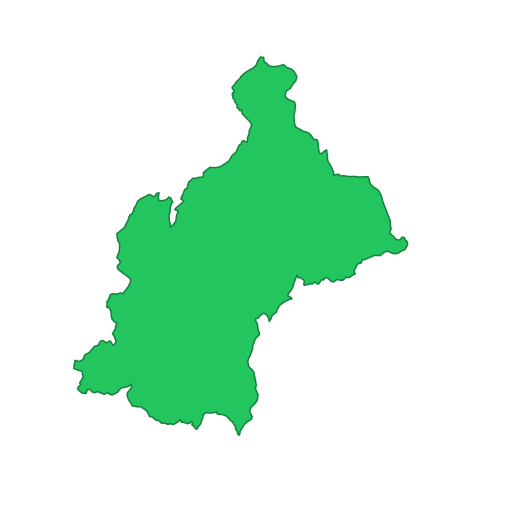 Ky Son, Nghệ An, Vietnam, rotated 200°
{"feature_id": "81297802B2701886719052", "entity_name": "Ky Son", "entity_type": "district", "adm_level": 2, "iso_a3": "VNM", "parent_name": "Vietnam", "parent_adm1": "Nghệ An", "projection": "equal_earth", "projection_center": [104.217, 19.409], "detail": "fine", "context": "isolated", "style": "filled", "palette": "green", "viewbox_px": 512, "rotation_deg": 200, "n_neighbors": 0, "source": "geoboundaries", "source_scale": "gbopen_adm2", "svg_char_len": 6055}
<svg xmlns="http://www.w3.org/2000/svg" viewBox="0 0 512 512"><g transform="rotate(200 256 256)"><path d="M390.3,96.0L389.5,90.7L388.7,88.0L383.7,87.8L380.6,88.4L379.4,87.2L378.3,84.8L377.6,84.2L377.2,83.1L377.2,81.6L378.2,76.9L377.9,76.0L377.2,76.1L376.8,75.2L377.8,72.7L378.3,72.4L378.4,70.5L377.3,69.5L373.5,67.9L371.3,67.9L368.6,68.9L368.9,72.8L367.9,73.5L365.0,73.2L363.3,72.1L362.2,72.5L361.1,72.1L358.4,74.4L351.5,74.1L348.4,76.8L345.2,75.9L343.5,76.4L339.6,80.5L337.9,85.2L336.6,86.5L332.8,88.7L330.0,91.3L329.6,92.7L328.2,91.0L328.1,90.1L328.3,88.3L330.0,83.9L329.6,81.3L327.5,78.3L325.5,76.4L323.5,75.4L321.4,73.2L320.4,72.9L315.6,73.8L312.7,75.0L305.3,72.9L301.2,68.8L298.5,69.3L293.9,67.5L290.9,68.2L288.1,66.7L287.0,66.7L284.5,67.9L281.6,67.6L278.6,69.2L276.1,69.3L273.6,72.2L271.2,76.1L270.6,76.0L269.8,74.7L269.0,74.2L267.4,74.9L262.8,75.1L261.9,75.6L259.9,78.3L258.7,77.8L258.7,76.0L258.2,75.2L256.2,74.9L254.2,73.2L252.8,72.9L252.1,73.7L251.5,76.9L250.6,79.1L250.9,81.7L250.6,84.5L251.2,88.5L250.6,90.0L249.0,91.9L245.3,92.7L240.9,95.0L240.0,95.9L239.3,95.6L238.8,94.6L237.8,94.3L233.1,95.6L227.9,95.3L226.5,93.9L225.1,93.7L223.9,92.7L221.1,92.0L219.5,90.4L217.6,89.3L215.8,86.2L213.8,84.8L212.4,82.7L210.8,81.8L210.4,82.1L210.3,82.7L210.7,83.6L210.5,84.5L211.1,86.4L210.7,87.3L210.5,88.7L210.0,89.6L210.0,91.3L209.1,94.2L207.7,96.8L204.4,101.2L204.7,103.8L208.5,107.4L209.1,111.5L206.4,117.2L205.6,120.2L205.6,121.9L206.7,126.6L208.0,127.5L209.6,129.7L211.1,130.9L211.7,135.5L213.0,136.9L213.5,138.3L217.2,144.0L217.8,145.6L221.0,148.0L222.9,148.5L225.3,150.0L227.6,153.9L228.0,156.4L227.4,161.3L227.4,164.6L227.6,168.5L228.6,170.4L228.2,173.4L228.3,177.1L228.0,178.8L226.1,182.7L226.0,184.2L229.0,187.7L231.5,192.7L234.8,195.7L234.6,197.3L232.6,198.5L232.3,200.0L230.7,203.0L229.6,204.5L229.0,204.7L226.9,204.7L224.8,203.6L222.9,201.8L221.2,199.3L220.5,201.5L220.4,205.4L219.5,207.4L217.6,210.1L217.9,213.3L217.2,214.7L217.3,216.5L216.8,217.9L213.0,223.4L209.2,227.1L207.8,227.8L208.2,228.8L212.0,229.4L212.7,230.4L212.4,232.5L211.3,235.5L210.8,239.5L211.1,243.1L211.0,251.6L208.8,250.1L207.0,250.8L202.6,249.7L201.9,248.3L201.3,245.5L200.5,245.0L196.2,248.0L193.4,249.2L191.6,251.7L188.8,250.6L187.7,251.0L186.1,256.4L185.2,256.8L184.7,256.4L184.2,256.8L183.6,258.8L183.0,259.7L181.0,259.7L177.3,258.1L175.4,257.8L173.7,258.7L171.8,261.8L168.7,262.0L166.2,262.8L164.3,266.4L163.4,267.1L161.0,267.6L158.5,271.3L156.8,272.6L156.9,273.5L158.2,274.3L158.5,275.6L158.7,277.3L158.1,279.7L158.2,281.6L157.2,283.9L154.9,285.3L154.8,288.6L152.3,290.1L144.8,297.1L139.4,298.9L137.1,302.9L134.9,305.0L133.1,305.7L129.7,305.2L127.1,305.4L125.4,306.0L123.0,307.6L120.8,310.8L118.4,312.6L117.6,316.4L117.8,319.8L118.8,321.2L121.8,322.3L122.1,323.3L123.4,324.1L125.2,323.6L126.2,320.9L127.2,319.8L128.1,319.5L131.8,320.1L132.9,321.4L135.8,322.1L137.7,323.4L138.5,324.3L138.3,327.7L139.9,330.3L141.8,334.9L155.2,350.2L158.8,355.4L162.4,358.9L165.0,360.1L168.4,360.7L172.6,362.5L173.7,363.4L176.5,367.7L177.7,368.6L179.4,368.3L185.9,365.5L190.7,364.5L194.4,362.9L199.8,361.6L201.0,361.6L203.6,360.1L205.7,361.0L206.7,360.9L210.7,358.7L211.6,360.8L214.1,363.9L218.1,367.7L220.1,368.9L221.5,370.7L225.7,379.6L226.7,379.3L229.7,374.4L230.5,374.2L231.7,374.9L233.3,377.0L235.9,382.8L238.1,386.1L241.6,385.4L246.0,388.5L249.6,389.8L254.4,389.4L262.8,390.8L264.8,393.2L268.2,400.4L268.7,402.0L268.8,404.5L270.3,410.5L271.8,413.1L272.8,414.0L276.1,413.9L280.6,414.6L282.5,415.5L283.5,416.9L284.0,420.5L283.8,421.5L281.1,425.2L280.5,428.7L279.9,430.0L280.0,430.7L278.5,434.1L278.9,438.1L279.6,439.3L283.5,442.5L287.3,443.8L291.4,443.6L295.5,445.3L299.3,442.5L302.1,440.9L306.9,439.2L308.9,439.3L312.2,440.8L314.6,441.3L315.2,442.1L316.6,445.1L317.1,445.3L318.2,444.6L319.4,444.3L319.8,444.7L321.1,440.2L321.1,436.0L321.5,434.4L322.8,431.9L327.7,426.2L330.3,422.3L331.0,420.1L331.8,419.2L331.7,417.6L334.4,412.3L334.4,410.0L335.4,408.7L336.1,406.4L335.9,405.8L333.8,404.1L332.8,402.6L332.8,401.8L333.5,401.5L333.8,400.9L333.5,399.3L332.5,399.3L332.2,397.4L331.1,395.9L329.7,395.7L328.7,393.7L327.5,393.2L326.6,392.1L325.2,391.7L324.9,389.7L324.4,388.8L322.5,388.6L321.7,387.2L320.4,387.2L319.6,388.1L317.3,384.8L306.9,379.7L305.1,378.0L304.8,376.1L305.3,371.0L304.6,370.7L304.3,367.6L304.4,364.6L303.4,360.9L303.5,360.0L307.5,359.9L308.3,359.0L308.5,355.7L309.8,354.3L310.2,347.1L312.9,341.9L313.9,336.3L315.9,333.2L320.2,327.6L323.8,325.3L329.6,323.5L334.0,316.6L332.9,313.6L333.3,311.9L337.4,309.9L339.9,308.1L342.0,307.4L344.6,302.0L343.9,296.4L345.7,294.1L345.8,293.2L345.8,289.4L346.3,284.3L345.8,283.7L342.8,283.2L342.6,282.6L348.2,272.7L347.8,271.7L344.7,271.5L344.3,271.0L344.5,266.7L343.4,262.4L343.4,261.0L344.5,256.9L346.1,254.2L346.4,254.2L347.4,256.7L349.3,259.2L351.7,264.4L351.8,267.8L352.9,271.1L353.3,275.1L353.3,276.9L352.6,278.1L356.1,281.4L358.2,281.5L359.0,279.1L360.8,277.2L365.5,274.8L366.2,275.1L367.7,277.2L368.7,282.1L369.8,281.7L370.8,280.9L371.0,279.8L371.3,279.5L371.2,277.5L373.1,276.8L376.2,277.4L377.8,277.2L380.4,273.9L383.7,270.7L386.0,266.9L386.1,262.4L387.0,259.1L386.6,256.8L386.9,253.0L388.4,251.8L388.8,249.0L388.5,245.6L389.1,241.5L389.2,238.0L394.4,229.5L392.9,226.2L390.8,222.8L388.8,221.5L387.4,218.3L386.1,213.7L386.3,208.4L386.1,206.6L384.3,206.2L381.8,204.3L381.2,204.3L381.8,201.7L382.8,199.6L382.6,197.9L381.4,196.6L379.4,195.7L367.9,192.3L365.7,190.9L365.1,187.5L365.6,183.7L366.9,178.9L367.8,177.2L367.7,175.3L371.0,174.9L373.5,172.8L375.4,172.0L377.3,171.8L379.0,170.6L379.8,169.3L379.3,167.3L379.9,166.6L379.6,164.7L380.5,161.5L379.5,160.4L378.9,157.0L378.3,156.7L377.2,157.3L374.6,155.7L372.9,153.5L371.2,149.6L369.6,147.4L366.5,145.7L363.9,145.3L363.8,142.0L363.3,139.3L364.1,135.4L364.1,133.8L361.6,131.9L359.1,128.9L358.2,126.9L358.6,125.4L359.8,123.4L360.4,123.5L363.8,126.3L364.5,126.1L366.9,123.1L370.3,124.2L372.3,123.6L373.2,122.2L373.8,118.5L374.2,117.9L377.1,115.5L379.6,108.4L383.1,104.5L383.1,100.4L383.9,98.4L386.1,96.5L390.3,96.0Z" fill="#22c55e" stroke="#15803d" stroke-width="1.5"/></g></svg>